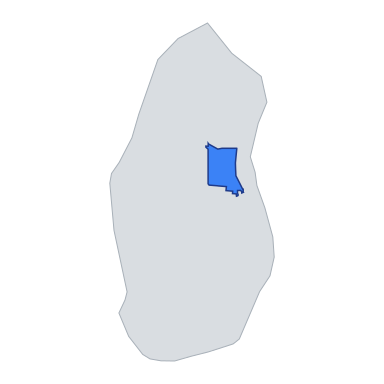 71, Umm Salal, Qatar (highlighted)
{"feature_id": "91078587B67880775667160", "entity_name": "71", "entity_type": "district", "adm_level": 2, "iso_a3": "QAT", "parent_name": "Qatar", "parent_adm1": "Umm Salal", "projection": "orthographic", "projection_center": [51.367, 25.463], "detail": "fine", "context": "in_parent", "style": "filled", "palette": "blue", "viewbox_px": 384, "rotation_deg": 0, "n_neighbors": 0, "source": "geoboundaries", "source_scale": "gbopen_adm2", "svg_char_len": 1089}
<svg xmlns="http://www.w3.org/2000/svg" viewBox="0 0 384 384"><path d="M208.4,351.9L191.0,356.3L174.6,361.0L160.9,360.8L150.0,358.9L142.7,354.4L128.7,336.4L118.9,313.0L125.0,300.0L127.1,291.9L114.0,230.4L109.8,183.2L111.5,173.5L119.2,162.4L131.9,137.9L138.8,114.2L157.9,59.5L178.1,38.5L207.5,23.0L231.8,53.3L261.2,76.4L266.9,102.2L258.2,123.3L250.3,156.8L255.1,172.2L256.9,185.5L264.9,207.9L272.8,236.9L274.2,257.1L270.0,275.8L259.6,291.6L239.3,339.0L233.2,343.9L208.4,351.9Z" fill="#d9dde1" stroke="#a8b0b8" stroke-width="1"/><path d="M243.3,192.3L243.2,192.2L243.2,189.9L243.1,190.0L239.4,182.6L235.9,175.8L235.6,169.4L235.4,163.0L235.9,157.6L236.8,148.6L236.7,148.3L232.8,148.3L221.9,148.3L217.8,149.1L208.6,144.0L208.2,143.4L208.2,144.3L208.2,146.2L205.9,146.1L205.9,147.2L208.1,149.2L208.1,166.7L208.1,170.3L208.1,183.8L209.1,185.1L217.7,185.8L218.1,185.9L226.4,186.6L226.0,190.6L232.7,191.2L232.5,193.6L236.2,193.9L236.5,196.2L237.7,195.8L238.2,195.0L237.5,192.9L237.5,190.5L240.6,190.4L241.7,191.7L241.8,193.0L243.3,192.3Z" fill="#3b82f6" stroke="#1e3a8a" stroke-width="1.5"/></svg>